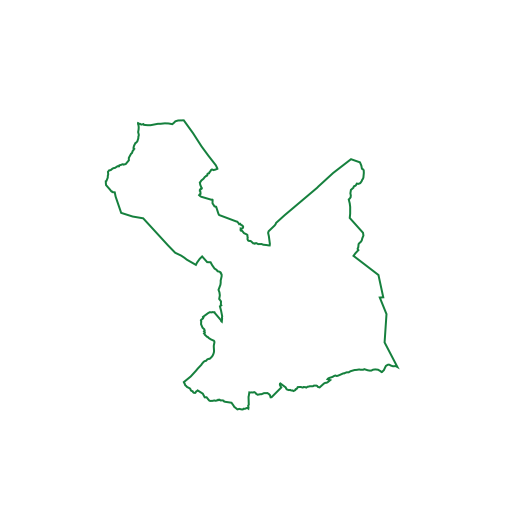 outline of Cherán, Michoacán, Mexico, rotated 47°
{"feature_id": "50627088B24017538060106", "entity_name": "Cherán", "entity_type": "district", "adm_level": 2, "iso_a3": "MEX", "parent_name": "Mexico", "parent_adm1": "Michoacán", "projection": "orthographic", "projection_center": [-101.993, 19.739], "detail": "fine", "context": "isolated", "style": "outline", "palette": "green", "viewbox_px": 512, "rotation_deg": 47, "n_neighbors": 0, "source": "geoboundaries", "source_scale": "gbopen_adm2", "svg_char_len": 6102}
<svg xmlns="http://www.w3.org/2000/svg" viewBox="0 0 512 512"><g transform="rotate(47 256 256)"><path d="M299.0,394.8L299.8,395.1L300.5,395.1L301.4,395.6L302.4,395.9L303.4,395.7L304.6,395.8L307.7,394.7L308.7,394.8L309.9,395.3L310.8,395.1L311.6,394.6L312.8,394.9L313.5,394.8L314.2,394.3L314.7,393.7L314.3,392.1L314.6,390.9L314.5,390.4L315.0,390.2L320.4,388.8L324.4,389.9L325.6,388.5L329.6,388.8L330.7,388.4L332.3,386.6L333.2,385.0L334.1,384.5L334.6,383.9L334.8,383.2L335.2,382.8L335.3,381.8L335.8,381.7L336.0,381.0L336.3,381.0L336.5,380.6L337.5,380.4L338.5,379.2L339.6,378.4L340.4,378.6L341.3,378.2L346.6,374.0L350.4,374.5L351.2,374.8L355.5,374.2L356.4,372.5L358.2,371.3L359.0,370.6L359.3,370.1L359.2,369.3L360.2,368.3L360.9,366.4L361.5,365.9L362.4,365.7L361.7,364.8L360.2,363.9L359.8,362.7L353.9,357.5L353.4,356.7L351.2,353.9L351.8,353.5L352.6,352.4L353.8,351.3L354.2,350.4L354.4,350.1L355.7,349.7L356.8,349.9L358.6,349.4L360.0,347.1L360.8,346.3L361.8,343.6L364.1,341.1L365.9,340.7L367.3,340.7L369.3,341.7L369.9,340.9L369.4,327.2L368.4,327.0L366.5,326.4L365.8,325.6L365.8,325.1L372.4,323.9L373.6,324.4L374.7,324.4L376.4,323.5L377.3,322.3L378.1,322.1L379.0,321.4L379.2,321.0L380.3,320.7L380.9,318.7L380.5,318.0L380.5,317.6L380.8,317.1L380.9,316.5L380.7,315.8L380.4,315.3L380.4,314.8L382.3,312.6L384.0,311.6L384.2,311.3L384.3,310.5L385.7,309.3L386.5,309.0L386.8,307.4L387.3,306.8L388.0,305.4L389.9,303.4L390.2,302.9L390.3,302.0L392.0,300.2L392.7,299.9L394.0,300.0L395.5,299.1L395.6,293.3L396.0,291.9L396.9,290.7L397.2,289.5L397.4,286.4L394.9,287.7L394.8,286.9L395.1,285.7L396.7,282.3L396.8,281.3L397.5,279.5L398.7,278.9L399.3,278.0L400.1,275.9L401.3,272.4L401.5,272.0L402.0,271.6L402.1,271.1L402.9,269.0L404.3,267.5L404.7,265.5L405.1,264.7L406.6,261.7L407.9,260.1L409.1,258.3L409.6,257.7L410.4,257.2L412.2,255.3L412.5,254.6L412.6,254.0L415.8,252.2L417.4,251.0L418.4,249.9L419.0,247.9L420.3,246.1L422.4,244.3L425.4,243.4L426.5,243.4L426.8,242.9L426.7,241.9L426.7,240.4L425.2,236.6L425.0,235.8L425.4,233.9L425.8,233.2L426.5,232.6L428.1,232.1L430.1,231.0L431.8,228.9L433.6,228.3L406.9,220.9L387.5,200.2L370.8,193.8L373.0,191.1L353.4,179.4L322.4,184.6L321.8,181.4L321.5,177.1L320.5,177.0L319.9,176.6L319.4,175.3L317.3,172.9L317.1,172.1L317.1,169.4L316.7,168.0L315.5,166.1L314.3,163.5L313.6,163.0L312.0,161.9L292.1,161.5L289.3,158.3L284.4,153.7L281.5,151.6L277.9,149.6L277.9,148.3L277.6,146.8L276.4,145.4L274.5,144.2L272.4,141.5L272.5,138.2L271.9,137.1L271.9,136.3L272.4,135.5L272.4,134.7L271.8,132.9L273.1,131.9L273.8,130.1L273.4,127.9L272.6,126.1L272.5,125.2L271.9,124.0L268.8,120.5L266.8,118.8L265.8,118.6L264.4,119.0L261.7,117.3L258.4,116.1L250.0,120.5L247.9,142.9L247.7,163.0L247.8,164.7L245.7,207.0L245.5,218.7L246.1,220.0L246.4,221.6L246.5,229.8L246.9,230.6L247.4,231.4L250.3,233.1L256.6,237.6L257.6,238.8L256.8,239.6L255.2,240.8L252.7,243.0L251.0,243.8L248.8,246.3L246.8,247.0L246.2,247.8L246.2,248.5L245.4,248.8L244.9,249.4L241.9,249.6L241.1,249.9L240.3,250.8L239.2,251.2L237.8,250.7L236.7,249.3L236.2,249.2L234.8,248.0L233.8,248.1L231.1,249.2L228.0,249.0L227.4,249.6L227.0,249.8L226.3,249.5L226.1,249.0L225.4,248.4L226.2,247.8L226.5,246.8L226.4,246.2L225.9,245.5L225.5,245.3L224.8,245.2L224.3,245.4L223.9,245.3L222.8,245.8L221.7,245.6L221.3,246.6L219.5,246.3L217.9,246.4L217.2,246.9L201.1,254.9L200.5,255.0L199.1,254.5L192.9,251.6L192.5,251.7L192.4,252.0L191.3,252.5L188.0,251.9L187.6,251.7L185.4,249.5L185.0,249.5L184.2,250.4L175.4,255.6L174.5,255.9L172.7,256.1L172.5,255.1L172.8,254.7L172.8,254.3L172.1,253.6L171.0,252.9L170.7,252.6L170.1,252.7L169.4,252.0L169.1,250.6L169.2,250.4L169.6,250.4L169.7,249.8L169.6,249.5L169.1,249.2L168.8,249.3L165.9,248.2L163.9,246.9L163.9,245.7L163.6,245.0L163.5,244.2L163.6,243.4L163.7,241.6L163.3,239.7L163.5,238.3L163.4,237.9L163.8,237.3L163.7,236.5L163.1,235.9L162.9,235.5L163.0,234.7L163.5,233.9L163.0,232.9L163.0,231.9L162.5,230.3L162.6,229.4L163.1,228.9L164.1,228.6L165.0,227.0L165.9,224.8L165.5,224.5L162.2,223.5L150.0,222.4L138.8,221.1L123.3,218.3L107.5,216.3L103.8,220.5L102.5,223.1L102.6,225.1L102.5,227.3L99.4,229.6L96.8,232.2L94.1,235.8L92.4,237.6L88.5,243.8L86.6,245.9L83.7,248.5L83.0,248.7L82.7,248.5L81.8,250.1L80.9,250.6L80.4,250.6L80.0,250.9L79.6,251.6L78.6,251.5L78.4,251.6L78.8,252.1L80.6,253.0L82.1,254.2L83.5,255.7L85.0,257.7L87.2,258.9L88.0,259.7L88.6,260.8L89.5,261.6L90.0,262.4L91.2,264.6L91.4,266.4L91.1,267.0L91.9,269.3L92.4,270.4L93.5,272.0L94.6,272.0L94.6,272.9L95.0,273.4L95.1,274.7L96.0,276.2L96.1,276.7L96.0,277.6L97.3,281.5L97.6,282.2L99.3,283.7L99.9,288.6L98.8,290.6L98.2,290.7L97.9,291.0L97.3,292.6L96.5,294.1L96.5,294.4L97.0,295.0L96.9,295.2L95.9,296.0L95.4,299.0L94.5,300.4L94.2,301.7L94.1,303.7L93.2,305.0L93.5,306.9L95.4,308.3L96.3,309.7L97.6,311.0L99.1,314.2L98.9,314.9L100.4,316.2L101.9,317.3L107.9,317.5L109.9,317.7L110.5,317.3L111.3,317.5L113.1,315.9L116.9,318.2L132.5,325.2L143.0,319.3L151.5,312.8L188.0,313.1L198.5,312.9L204.6,310.5L208.3,309.6L211.5,309.1L221.5,306.0L220.6,303.6L219.7,299.1L219.6,295.7L227.2,295.9L229.6,293.5L232.7,294.3L236.9,294.9L239.3,294.3L241.0,294.5L242.1,293.7L243.6,293.1L244.2,293.1L244.8,293.7L245.6,293.6L246.3,293.9L247.5,295.1L249.8,298.5L251.5,300.1L252.8,301.7L255.2,306.5L257.6,307.5L259.6,308.9L260.3,309.5L262.3,312.2L264.9,312.5L265.5,312.7L267.5,314.8L268.4,315.0L268.2,316.7L272.1,318.8L277.1,321.9L277.8,322.9L278.6,323.4L280.7,325.8L280.0,325.9L279.4,325.5L278.1,325.4L269.7,325.0L268.9,324.7L268.5,324.9L268.1,325.6L267.4,326.0L266.9,327.0L265.6,328.1L265.1,330.0L264.4,336.2L265.0,336.3L265.0,336.8L265.3,337.0L265.3,337.4L265.5,337.5L265.3,339.6L265.4,340.1L265.7,340.4L266.3,340.5L268.4,342.7L272.0,344.0L274.3,343.8L275.5,344.4L275.6,345.4L276.9,345.4L277.2,345.9L277.2,346.8L278.3,346.8L278.6,347.1L281.8,346.9L282.3,346.5L283.8,346.5L286.4,345.8L289.2,344.6L290.0,344.7L290.9,345.4L292.6,347.8L293.5,348.7L296.9,351.5L297.8,352.6L298.6,354.0L299.3,355.7L299.6,357.5L299.6,360.0L298.8,361.0L298.4,362.4L298.6,364.0L297.9,365.2L297.7,366.4L298.0,369.1L298.3,370.1L298.6,375.3L299.0,378.3L299.6,385.9L299.0,394.8Z" fill="none" stroke="#15803d" stroke-width="2"/></g></svg>